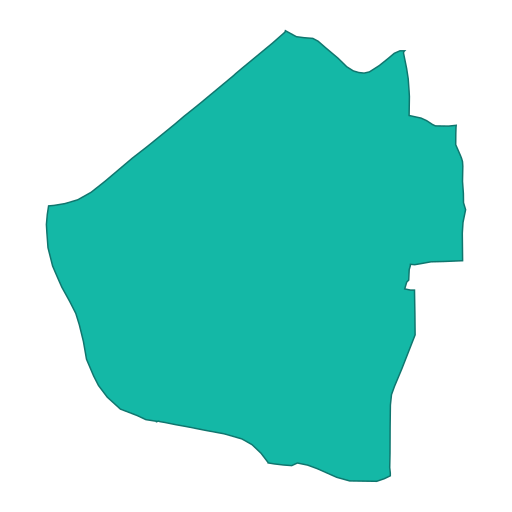 outline of Ajeromi/Ifelodun, Lagos, Nigeria
{"feature_id": "59680162B51331479839153", "entity_name": "Ajeromi/Ifelodun", "entity_type": "district", "adm_level": 2, "iso_a3": "NGA", "parent_name": "Nigeria", "parent_adm1": "Lagos", "projection": "natural_earth1", "projection_center": [3.339, 6.456], "detail": "fine", "context": "isolated", "style": "filled", "palette": "teal", "viewbox_px": 512, "rotation_deg": 0, "n_neighbors": 0, "source": "geoboundaries", "source_scale": "gbopen_adm2", "svg_char_len": 1696}
<svg xmlns="http://www.w3.org/2000/svg" viewBox="0 0 512 512"><path d="M285.4,30.7L285.0,32.1L279.1,37.3L272.4,43.2L242.6,67.8L235.6,73.7L233.8,75.4L199.5,103.9L183.9,116.4L174.9,124.1L147.7,146.2L132.4,158.1L105.0,181.3L91.1,192.3L77.7,199.8L64.9,203.6L54.1,205.4L48.6,205.9L48.4,207.2L47.3,214.4L46.4,224.5L46.9,232.9L48.0,247.7L52.6,266.0L54.5,270.4L54.7,270.9L57.6,277.6L61.8,287.1L69.7,301.4L75.8,313.4L79.3,324.7L83.4,341.4L85.6,354.0L85.7,354.6L86.5,359.2L93.6,375.9L98.5,385.5L107.3,397.2L120.4,409.1L137.3,415.6L145.8,419.6L156.6,421.3L156.6,421.7L158.4,421.1L159.8,421.6L165.1,422.5L175.4,424.6L186.5,426.6L205.7,430.4L224.1,433.8L241.8,438.9L244.0,440.1L252.1,444.7L261.0,453.2L268.1,462.5L268.1,462.9L274.2,463.9L283.6,465.0L291.7,465.6L297.4,463.0L307.6,465.1L317.1,468.6L336.7,477.3L349.6,480.9L376.7,481.3L384.3,478.7L390.3,475.8L390.3,473.1L389.7,467.6L390.0,453.3L390.1,427.0L390.4,405.0L391.5,394.6L394.5,386.3L401.8,368.9L415.1,334.9L414.9,314.1L414.5,290.1L410.6,290.1L404.7,288.9L406.7,282.1L408.7,280.1L409.2,269.6L410.3,265.8L410.4,264.3L414.7,264.7L421.7,263.5L431.0,261.8L443.5,261.5L462.6,260.7L462.3,233.2L463.0,222.4L465.6,209.7L463.5,202.7L463.4,193.7L462.5,181.3L462.8,166.2L462.5,161.6L461.5,158.2L460.5,155.7L455.7,144.7L455.8,133.4L456.0,127.2L456.2,125.3L448.6,126.1L435.4,125.9L432.3,124.4L426.7,120.7L421.1,118.1L409.1,115.5L409.4,96.7L409.1,91.4L408.2,78.8L406.6,68.4L404.1,56.0L403.5,53.0L403.8,51.6L404.6,50.8L400.0,50.8L394.3,53.3L388.0,58.6L379.1,65.7L372.7,69.8L369.4,71.9L364.1,73.1L358.7,72.5L353.3,70.9L346.8,66.8L337.9,58.1L325.3,47.5L318.1,41.2L312.8,38.4L304.1,37.7L296.4,36.7L285.4,30.7Z" fill="#14b8a6" stroke="#0f766e" stroke-width="1.5"/></svg>